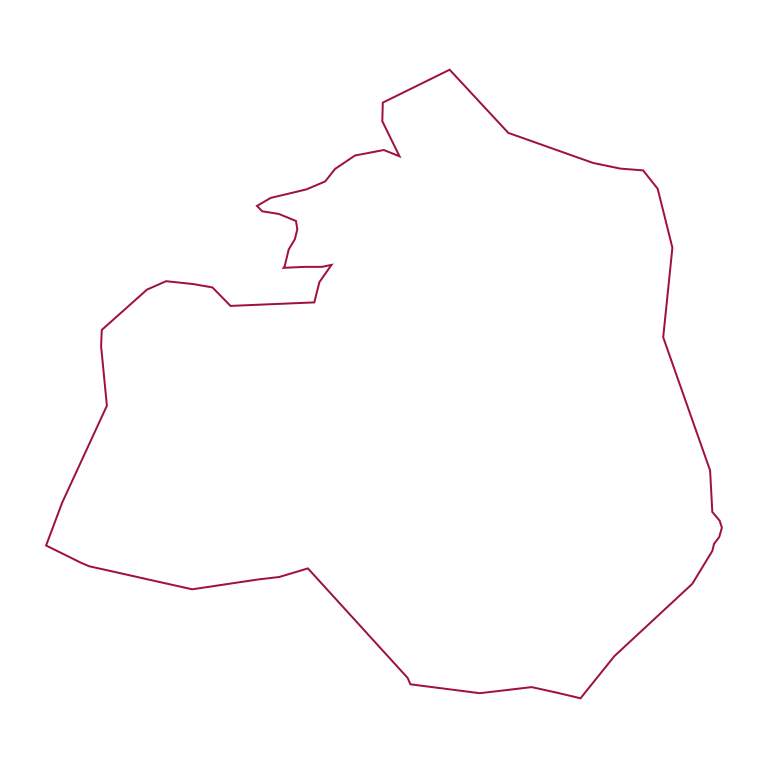 Mbo, Akwa Ibom, Nigeria (Mercator projection)
{"feature_id": "59680162B50421987640425", "entity_name": "Mbo", "entity_type": "district", "adm_level": 2, "iso_a3": "NGA", "parent_name": "Nigeria", "parent_adm1": "Akwa Ibom", "projection": "mercator", "projection_center": [8.239, 4.651], "detail": "fine", "context": "isolated", "style": "outline", "palette": "rose", "viewbox_px": 768, "rotation_deg": 0, "n_neighbors": 0, "source": "geoboundaries", "source_scale": "gbopen_adm2", "svg_char_len": 914}
<svg xmlns="http://www.w3.org/2000/svg" viewBox="0 0 768 768"><path d="M257.0,205.9L262.2,211.3L278.7,213.9L296.0,221.0L297.3,229.3L294.9,239.1L288.7,249.5L284.7,266.1L283.6,267.8L304.0,266.9L321.7,266.9L331.5,264.9L319.4,282.1L314.3,302.4L230.5,305.9L212.4,287.4L192.6,284.0L166.1,281.2L147.0,289.6L101.9,329.8L101.7,331.6L101.1,346.3L106.9,405.7L62.1,502.8L46.1,545.5L80.0,562.3L88.9,566.2L192.1,589.3L258.5,579.4L279.1,577.0L307.9,568.4L407.7,678.0L410.4,684.3L479.6,693.2L531.6,687.1L558.2,693.0L580.5,698.3L614.4,656.1L692.3,583.8L712.4,550.8L714.0,543.9L719.2,537.1L721.9,527.7L719.6,520.6L712.3,512.0L710.1,470.5L663.2,337.3L672.4,247.7L657.7,188.8L643.1,170.4L620.3,168.6L593.2,163.0L508.3,132.9L449.6,69.7L382.8,102.6L382.3,121.2L399.5,156.3L383.8,150.0L355.0,155.5L335.2,168.8L331.7,173.2L325.2,181.4L313.5,186.4L306.3,189.4L270.7,197.9L257.0,205.9Z" fill="none" stroke="#9f1239" stroke-width="2"/></svg>